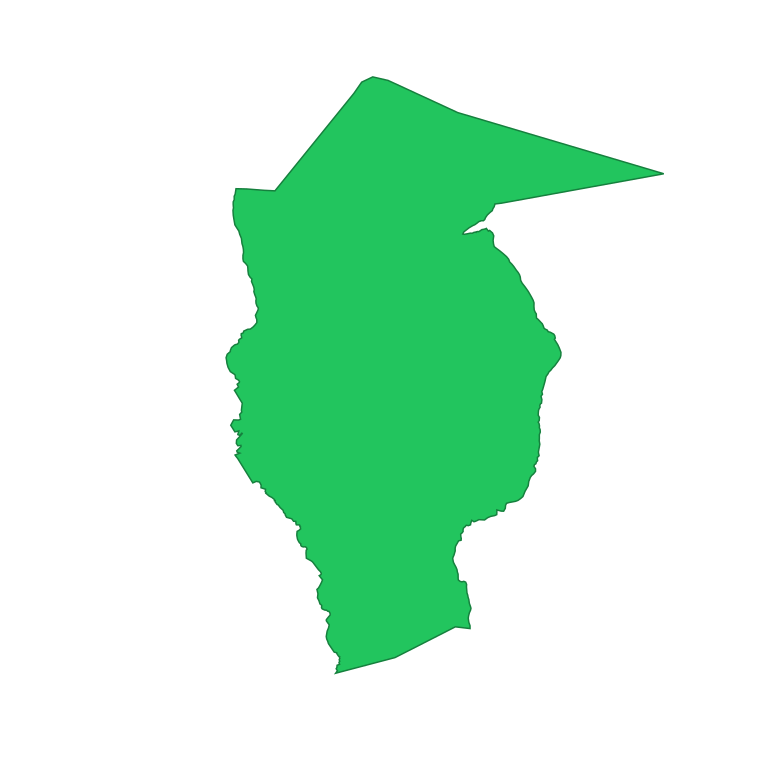 Santa María Ixcatlán, Oaxaca, Mexico, rotated 108°
{"feature_id": "50627088B99322649142684", "entity_name": "Santa María Ixcatlán", "entity_type": "district", "adm_level": 2, "iso_a3": "MEX", "parent_name": "Mexico", "parent_adm1": "Oaxaca", "projection": "mercator", "projection_center": [-97.133, 17.85], "detail": "fine", "context": "isolated", "style": "filled", "palette": "green", "viewbox_px": 768, "rotation_deg": 108, "n_neighbors": 0, "source": "geoboundaries", "source_scale": "gbopen_adm2", "svg_char_len": 5855}
<svg xmlns="http://www.w3.org/2000/svg" viewBox="0 0 768 768"><g transform="rotate(108 384 384)"><path d="M674.0,340.6L640.8,289.0L592.9,241.1L590.0,226.6L587.3,227.5L584.4,229.7L580.7,231.5L578.4,231.9L575.2,232.1L572.4,231.8L570.4,232.0L568.9,233.0L566.3,235.0L564.7,235.8L562.8,236.7L560.9,238.1L558.8,239.2L557.1,240.5L554.5,241.6L551.4,242.9L549.1,243.5L547.2,245.1L547.0,247.1L548.1,248.8L548.2,250.7L547.4,252.7L546.3,253.3L545.1,253.7L541.9,254.8L540.2,256.1L538.0,257.2L535.9,259.0L534.4,260.6L532.2,262.8L530.3,263.9L528.5,264.8L526.8,264.8L525.7,264.6L524.4,264.6L520.8,264.7L518.1,265.6L516.0,265.8L513.1,265.2L510.1,264.6L508.8,262.4L507.0,262.8L505.7,263.6L503.1,264.7L501.4,263.7L499.9,263.2L498.2,263.8L496.5,263.9L495.3,263.3L494.4,262.6L493.2,262.3L492.8,261.8L492.7,260.1L491.2,258.2L489.5,258.5L486.5,258.4L486.9,257.0L487.2,256.0L486.8,255.2L485.7,253.9L484.6,252.7L483.7,251.9L483.1,249.6L482.2,246.3L479.1,244.1L477.0,241.7L474.9,238.0L473.4,236.4L470.9,237.1L468.9,237.8L468.7,233.4L468.0,230.9L464.8,230.2L461.8,230.9L459.6,230.6L458.0,228.3L456.6,225.7L454.9,222.6L453.3,220.6L450.8,218.7L448.1,217.1L442.5,216.7L436.3,215.4L432.0,216.2L427.6,216.0L425.4,215.3L423.3,214.0L420.3,212.9L417.8,213.7L416.0,216.0L414.2,216.0L412.9,214.9L411.1,215.0L409.5,214.2L407.8,215.0L406.3,215.5L405.1,214.6L404.1,214.4L401.8,215.8L400.6,216.2L398.4,216.5L396.0,216.8L393.1,217.2L390.1,218.8L387.5,219.5L384.2,220.6L381.4,220.5L379.0,221.5L377.7,222.7L375.5,223.3L373.5,224.5L372.6,225.6L370.8,225.1L367.8,225.8L366.0,227.7L363.1,228.5L361.2,228.9L359.7,228.8L357.8,228.4L356.4,229.2L354.6,229.1L353.6,228.3L352.6,228.5L350.1,229.0L347.1,230.9L344.8,230.1L342.4,231.6L340.2,231.4L336.9,231.5L332.0,231.7L326.8,232.2L323.7,231.2L321.6,230.9L319.3,229.6L316.6,228.7L315.3,228.0L313.7,227.2L308.0,225.4L304.6,224.5L302.3,224.6L299.2,225.5L295.6,228.4L292.9,230.9L290.3,234.0L288.8,235.8L287.4,235.3L285.2,236.6L284.1,238.0L283.4,241.7L283.5,244.1L282.3,245.3L281.9,248.0L281.4,249.1L279.4,250.6L277.8,252.1L276.9,253.8L276.0,255.4L274.9,257.4L274.3,259.2L272.6,260.0L270.3,260.8L269.0,262.4L267.2,264.0L263.8,265.4L260.5,266.4L258.3,268.0L256.1,270.2L254.0,272.5L251.4,275.4L248.1,279.8L245.4,283.8L243.1,286.1L240.1,287.5L238.1,289.0L236.4,291.0L234.9,293.3L232.2,296.8L230.4,299.6L229.1,302.2L226.9,303.9L225.0,306.8L223.1,311.2L221.6,315.0L220.3,318.9L219.3,321.6L217.0,323.1L213.5,324.7L209.2,325.4L206.8,327.5L205.3,331.0L206.3,332.0L204.4,334.8L205.0,335.3L206.5,337.7L206.7,338.4L209.8,340.9L210.1,342.2L210.9,343.4L211.3,343.3L211.4,344.2L212.2,345.6L213.3,346.5L213.9,348.6L215.7,351.7L216.9,354.1L217.0,355.4L214.7,355.1L211.3,352.8L209.2,351.4L207.5,349.9L205.8,348.4L204.5,346.9L202.2,345.2L200.3,344.0L198.6,341.8L198.0,339.9L196.4,339.0L194.5,338.9L191.4,338.0L188.1,336.2L185.7,334.6L183.6,334.6L181.4,334.0L178.5,334.1L175.7,328.1L97.6,182.9L103.1,397.8L94.0,474.2L94.1,474.6L95.4,489.6L103.8,498.5L116.8,502.4L234.0,547.4L236.8,557.7L240.9,574.7L244.0,585.1L249.6,584.2L251.7,584.5L255.0,583.4L257.3,583.7L259.6,583.0L261.6,582.2L262.9,581.6L265.5,581.3L270.1,579.5L273.8,577.6L278.7,575.0L280.8,572.5L283.4,569.3L286.2,567.5L289.6,564.6L294.4,562.4L296.8,560.7L299.5,559.3L302.4,558.2L305.2,557.9L308.6,556.8L310.8,555.6L312.1,552.9L313.9,550.2L316.1,549.2L318.5,548.3L321.8,546.7L324.0,544.1L324.9,542.1L326.2,541.9L327.4,541.7L329.8,539.7L332.2,537.7L334.3,536.6L336.4,536.3L339.0,534.5L341.0,532.8L342.6,531.8L344.3,531.6L346.7,530.7L349.1,528.9L350.4,527.1L352.3,526.7L354.0,526.9L356.5,527.2L358.4,527.5L360.3,526.3L362.0,524.9L364.9,523.9L367.9,525.0L370.2,526.1L373.1,528.1L374.1,530.6L375.5,532.1L377.1,533.8L378.3,533.6L379.3,534.0L380.2,535.3L381.9,534.9L382.8,534.2L384.2,533.6L386.1,535.3L387.3,535.8L389.2,534.9L391.4,535.7L392.2,537.1L393.1,538.2L396.5,540.3L399.6,540.5L400.7,540.2L402.5,541.3L404.2,542.3L407.8,542.3L410.2,541.0L413.0,539.7L414.9,538.4L416.4,537.4L416.5,537.3L419.7,534.0L421.1,528.9L421.8,528.2L424.5,526.9L425.3,523.5L426.5,522.1L427.3,522.1L429.6,523.6L431.8,521.4L436.2,524.3L437.9,522.3L443.2,516.2L446.0,512.9L453.1,511.5L454.7,510.6L457.5,511.9L461.9,509.5L463.2,511.1L464.6,515.9L470.6,517.0L475.6,511.0L474.0,508.3L473.5,507.6L477.3,507.4L477.5,505.3L474.7,504.0L475.0,503.5L478.8,505.1L482.8,506.9L486.1,506.1L487.9,503.9L486.6,501.1L487.7,500.6L493.1,503.4L494.2,502.5L494.3,499.8L497.6,503.7L498.5,502.5L500.0,500.2L518.6,478.2L516.1,475.4L515.7,472.1L518.0,469.7L520.7,468.9L520.7,464.1L523.1,463.7L523.7,462.6L524.4,462.7L526.1,458.5L526.5,455.7L527.5,453.0L528.1,452.2L528.7,452.2L528.6,451.4L529.7,451.1L531.6,448.5L531.8,447.1L533.6,444.6L535.3,440.9L537.2,439.7L537.9,438.1L539.2,437.3L540.9,435.5L540.7,430.1L542.5,427.6L541.9,425.4L544.2,424.5L545.0,423.8L544.3,421.3L544.2,420.7L544.7,420.2L545.5,420.0L545.7,419.3L546.5,419.2L547.6,418.5L549.5,419.7L551.0,421.1L553.7,420.5L555.2,420.0L558.2,418.4L559.6,417.1L560.2,416.4L561.0,415.6L561.8,413.7L562.7,413.5L563.5,412.9L563.9,411.9L563.9,410.4L563.1,408.5L563.6,407.1L564.9,406.1L566.1,406.6L568.9,405.9L573.7,404.0L574.6,399.1L575.0,397.6L575.6,396.5L580.9,388.9L582.1,386.5L583.4,385.2L584.7,385.0L585.6,385.8L586.3,386.4L588.5,383.1L589.2,382.0L591.6,382.1L595.6,382.7L598.3,383.3L600.1,384.3L603.9,382.0L607.9,381.2L610.2,378.9L613.0,376.9L613.2,376.0L613.9,374.8L616.1,374.3L617.0,373.2L617.3,370.4L616.9,368.7L617.5,367.2L617.3,366.1L618.1,365.0L619.3,364.1L620.6,363.9L622.4,364.7L625.9,366.0L627.0,365.7L628.0,364.4L629.2,362.8L629.8,361.8L630.7,361.6L633.2,361.4L636.6,361.7L642.0,360.9L644.2,359.7L646.1,358.0L648.1,356.6L654.4,348.5L654.2,345.9L654.9,345.6L655.6,344.8L656.9,343.1L657.0,341.9L658.1,341.8L658.7,341.2L660.1,341.4L661.4,340.4L662.6,340.8L663.2,340.5L664.3,339.6L666.0,341.7L668.1,341.2L669.6,341.5L670.6,340.3L671.1,339.7L674.0,340.6Z" fill="#22c55e" stroke="#15803d" stroke-width="1.5"/></g></svg>